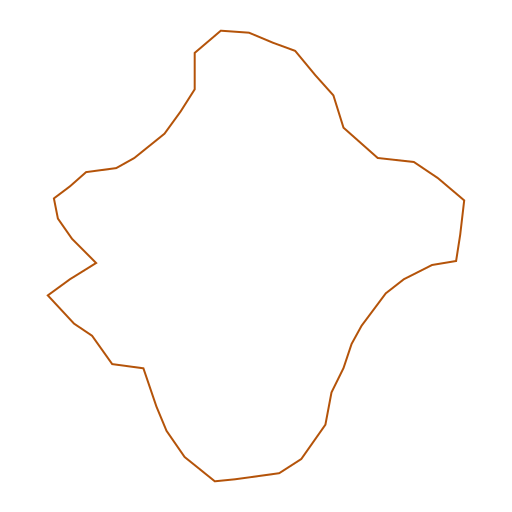 the district of Katokopia, Cyprus
{"feature_id": "46923920B85367038784493", "entity_name": "Katokopia", "entity_type": "district", "adm_level": 2, "iso_a3": "CYP", "parent_name": "Cyprus", "parent_adm1": "", "projection": "albers", "projection_center": [33.058, 35.168], "detail": "fine", "context": "isolated", "style": "outline", "palette": "amber", "viewbox_px": 512, "rotation_deg": 0, "n_neighbors": 0, "source": "geoboundaries", "source_scale": "gbopen_adm2", "svg_char_len": 672}
<svg xmlns="http://www.w3.org/2000/svg" viewBox="0 0 512 512"><path d="M47.8,295.4L74.0,323.6L92.1,335.8L112.2,364.1L143.4,368.3L156.4,406.5L166.5,430.8L184.6,457.0L214.8,481.3L234.9,479.3L279.2,473.2L301.3,459.0L325.4,424.7L331.5,392.4L343.5,368.1L351.6,343.9L361.6,325.7L385.8,293.3L403.9,279.2L432.0,265.0L456.1,261.0L460.2,234.7L464.2,200.4L438.0,178.2L413.9,162.0L377.7,158.0L343.5,127.7L333.4,95.4L315.3,75.2L295.2,50.9L273.1,42.8L249.0,32.7L220.8,30.7L194.7,52.9L194.7,89.3L180.6,111.5L164.5,133.7L134.3,158.0L116.2,168.1L86.1,172.1L70.0,186.3L53.9,198.4L57.9,218.6L72.0,238.8L96.1,263.0L70.0,279.2L47.8,295.4Z" fill="none" stroke="#b45309" stroke-width="2"/></svg>